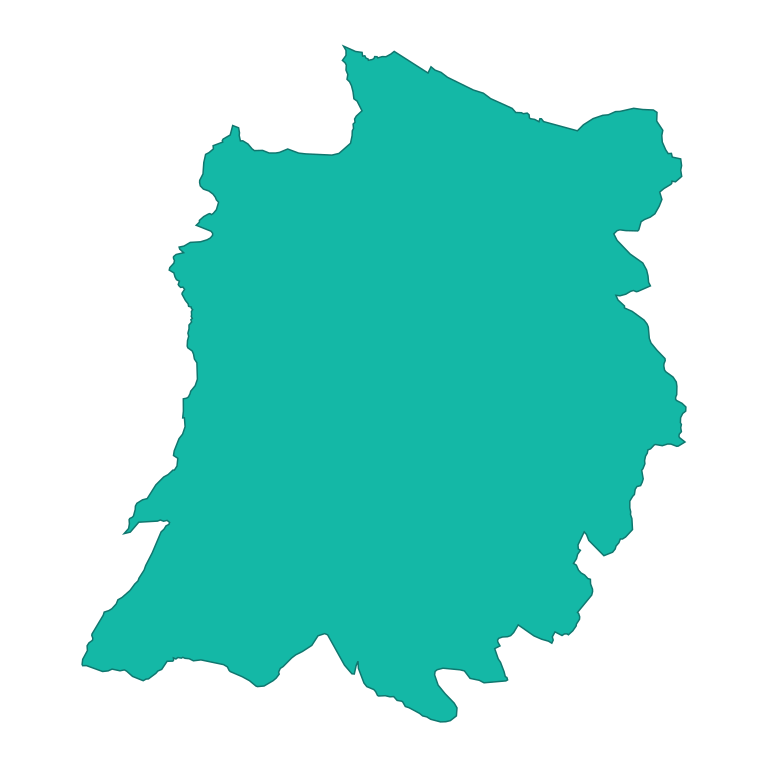 outline of Vladesti, Vâlcea, Romania
{"feature_id": "2599482B87401907029255", "entity_name": "Vladesti", "entity_type": "district", "adm_level": 2, "iso_a3": "ROU", "parent_name": "Romania", "parent_adm1": "Vâlcea", "projection": "equal_earth", "projection_center": [24.298, 45.132], "detail": "fine", "context": "isolated", "style": "filled", "palette": "teal", "viewbox_px": 768, "rotation_deg": 0, "n_neighbors": 0, "source": "geoboundaries", "source_scale": "gbopen_adm2", "svg_char_len": 6084}
<svg xmlns="http://www.w3.org/2000/svg" viewBox="0 0 768 768"><path d="M124.1,533.6L130.3,532.1L138.8,522.2L157.6,521.1L160.3,520.0L163.6,521.2L167.1,520.4L169.6,522.4L168.9,524.4L166.0,525.9L164.0,529.2L161.1,531.9L152.2,552.9L145.7,565.5L144.1,570.1L139.0,578.1L138.0,580.9L134.8,584.0L130.0,590.5L122.0,597.5L117.9,599.8L116.2,604.0L111.8,608.8L108.8,610.6L104.2,612.1L103.2,615.3L92.0,634.0L91.8,635.5L92.8,638.1L92.5,640.3L89.0,642.8L87.1,645.8L87.4,650.6L82.7,659.3L82.1,664.4L82.7,665.7L86.4,665.6L102.6,671.5L108.1,670.9L112.1,669.1L120.0,670.8L124.4,669.9L126.6,671.1L132.5,676.4L143.2,680.7L146.0,679.1L148.4,678.9L155.8,673.4L157.9,671.0L161.7,669.4L167.1,661.3L172.8,661.1L173.6,660.0L173.4,657.9L175.9,659.0L177.9,657.5L181.4,658.1L182.8,657.3L185.0,658.3L189.2,658.7L193.4,660.8L200.9,659.9L223.5,664.6L227.4,666.9L229.1,670.4L230.3,671.6L242.2,676.7L249.5,680.7L256.0,686.1L257.5,686.6L264.1,686.0L273.1,680.7L276.2,678.1L279.2,674.1L278.6,672.1L280.3,668.4L283.2,666.5L291.6,658.0L295.8,654.8L302.4,651.5L311.8,645.4L318.0,635.8L324.7,633.6L327.6,634.8L344.5,665.2L351.9,673.8L354.3,674.0L356.1,665.7L358.0,661.2L358.4,668.3L364.0,683.1L366.8,686.6L373.9,689.6L375.7,691.7L377.5,695.4L378.6,696.0L385.3,695.7L389.8,696.8L393.7,696.6L397.1,700.4L401.7,701.2L402.7,701.9L405.3,706.5L409.0,707.7L419.6,713.4L422.6,715.9L426.8,716.9L430.7,719.3L440.5,721.9L445.9,721.7L450.4,720.6L456.4,715.9L457.0,707.9L454.2,703.1L445.1,693.7L438.1,685.1L434.6,674.9L435.1,671.4L437.2,669.7L443.0,668.2L460.0,669.8L464.4,670.9L470.1,678.4L479.3,680.3L484.0,682.8L505.9,680.9L507.6,679.9L506.9,677.5L505.3,676.6L504.1,671.8L500.5,662.3L498.2,658.8L494.7,648.6L500.0,645.9L497.8,642.0L497.6,640.0L498.7,638.3L502.5,637.0L507.6,636.7L510.7,635.6L513.7,632.5L518.2,624.9L534.0,635.9L541.6,639.2L548.5,641.2L551.8,643.2L553.2,640.1L552.3,636.9L555.0,631.9L562.0,635.5L564.5,633.9L567.1,633.9L568.4,634.8L572.8,630.8L576.2,625.9L576.4,624.1L579.5,619.3L579.7,616.8L578.6,613.5L577.5,612.4L591.7,595.1L592.6,591.5L592.5,589.1L590.6,584.0L590.4,579.3L587.8,578.5L584.6,575.0L581.0,572.9L578.5,570.1L576.3,565.1L573.5,563.4L576.5,558.7L577.6,554.3L580.4,550.3L578.3,548.9L578.0,544.9L584.2,531.9L586.5,534.5L588.8,540.4L603.9,555.7L612.6,552.2L615.2,549.0L616.0,546.1L618.9,542.7L620.3,539.0L622.5,539.0L625.6,537.0L632.5,529.6L631.9,518.6L630.5,514.6L630.7,511.8L629.8,508.0L629.8,501.1L632.7,496.3L634.4,494.5L635.2,489.3L637.0,486.5L640.6,485.6L642.2,482.2L643.2,478.9L641.7,470.2L642.9,468.8L644.9,463.8L644.6,460.6L645.5,456.2L647.3,453.1L647.9,449.9L650.5,448.9L654.4,444.8L655.6,444.5L662.3,445.7L667.6,444.0L671.0,444.1L676.7,446.3L678.3,446.1L685.0,442.0L679.5,437.6L678.9,436.2L679.3,434.1L681.4,431.7L680.7,427.7L681.4,424.5L680.4,422.7L680.6,417.7L682.7,413.5L685.7,411.1L685.9,407.0L682.0,403.3L676.6,400.5L675.6,399.3L675.7,397.0L676.7,394.7L676.9,386.3L676.3,382.0L673.1,377.1L666.1,372.0L664.6,370.2L663.8,366.0L664.0,363.6L665.2,360.7L665.0,358.6L657.1,350.4L651.0,343.0L649.3,338.4L648.3,327.1L647.1,324.1L644.1,320.1L632.2,311.4L624.4,307.9L624.5,306.0L618.0,300.0L615.9,295.3L619.9,295.8L625.8,294.2L630.7,291.3L633.5,290.5L636.3,291.7L637.9,291.4L650.4,285.9L648.6,282.3L648.0,275.9L646.6,270.0L642.8,263.0L630.1,254.0L617.1,240.4L613.8,233.9L617.0,230.7L619.8,229.8L625.7,230.6L637.7,230.9L638.8,229.8L641.1,221.7L644.5,219.5L650.3,217.1L654.9,213.8L659.2,206.2L661.9,199.4L659.7,192.1L664.0,188.5L670.8,184.4L671.7,183.4L672.0,181.2L675.5,181.8L681.7,176.4L680.7,170.1L681.6,165.7L680.7,158.9L672.3,157.1L671.4,153.4L668.2,153.6L665.7,149.8L662.3,142.1L661.8,135.5L662.8,130.3L656.7,121.1L657.0,112.4L653.4,110.0L642.6,109.5L633.7,108.3L620.0,111.4L615.5,111.6L608.3,114.8L602.8,115.3L593.1,118.6L583.4,124.8L577.4,130.8L543.6,121.6L541.4,118.8L539.9,118.7L539.0,121.7L534.7,119.4L530.4,118.7L529.4,117.8L529.1,114.8L527.2,113.1L523.3,113.7L521.4,112.7L515.8,112.5L512.2,108.4L490.6,98.6L483.4,93.2L473.3,90.0L447.5,77.3L441.1,72.4L435.0,70.1L431.0,66.8L428.0,73.0L394.2,51.4L390.8,54.1L386.0,56.7L382.2,56.6L377.8,57.9L377.0,56.7L374.7,56.6L374.0,58.5L372.3,59.5L368.4,60.3L368.1,59.0L365.9,58.0L364.8,55.8L362.6,56.1L362.1,52.4L355.6,51.5L343.5,46.1L346.0,50.4L346.0,55.4L342.4,60.4L345.0,62.7L346.3,65.0L346.0,70.1L347.8,74.5L347.0,79.3L349.6,81.8L351.5,85.8L353.0,91.7L353.9,98.8L357.1,101.1L362.0,110.8L356.3,116.1L354.6,119.0L355.0,122.3L353.1,124.1L353.5,128.5L352.3,130.8L352.1,135.7L350.5,143.3L339.0,153.4L331.9,155.1L305.8,153.9L298.7,153.1L287.7,149.0L279.5,152.4L275.7,153.0L269.1,153.0L262.6,150.4L254.4,150.6L252.0,148.8L248.0,144.0L242.8,140.8L240.4,140.9L239.2,135.4L239.5,132.8L238.6,127.8L232.7,125.5L230.2,135.0L223.2,139.0L222.3,140.5L222.7,142.1L213.1,145.7L213.4,148.9L209.0,152.6L205.6,154.4L203.8,162.5L203.0,173.9L199.7,180.3L199.6,182.5L200.3,185.9L203.4,189.1L208.9,191.0L213.0,194.1L215.3,197.2L216.4,199.9L218.5,202.1L218.4,202.9L216.4,209.7L213.2,213.5L211.4,214.6L209.9,213.6L208.4,214.0L203.7,216.6L199.4,220.4L199.4,222.2L196.2,225.3L211.0,231.2L212.6,233.2L212.6,235.3L210.3,238.0L207.1,239.8L200.5,241.8L190.3,242.4L183.9,246.1L179.1,247.1L179.7,249.1L183.6,252.7L176.1,254.5L173.8,256.4L173.4,257.1L173.6,258.7L174.5,260.5L173.9,263.1L169.8,267.6L169.2,270.1L173.9,272.9L175.0,276.9L176.5,279.7L179.4,281.2L178.2,284.5L178.9,285.7L180.6,287.4L182.9,287.1L184.6,289.3L182.1,293.1L182.0,294.2L185.5,300.6L188.1,303.8L188.6,306.3L191.3,307.1L191.4,308.4L192.6,309.7L191.4,311.5L191.6,315.1L191.2,316.3L192.3,318.5L190.9,319.6L191.6,322.0L189.0,325.0L189.0,328.9L187.9,333.2L188.7,336.3L187.5,340.6L187.2,346.1L187.8,347.8L192.2,351.0L193.5,354.1L194.4,359.0L196.9,362.8L197.4,379.2L195.2,385.7L190.7,391.2L190.1,393.6L188.4,397.0L186.5,398.2L183.3,398.8L183.4,411.2L182.7,417.9L184.4,417.8L185.1,426.7L182.6,434.1L179.0,438.7L174.2,450.9L173.5,455.5L177.8,458.3L177.0,466.0L174.4,470.1L172.9,470.1L168.1,474.6L163.7,477.0L155.9,484.8L147.2,498.6L142.5,499.8L136.9,503.3L135.4,506.1L135.2,509.6L133.5,515.9L132.4,517.2L129.8,518.5L129.1,519.7L129.4,523.8L128.6,528.5L124.1,533.6Z" fill="#14b8a6" stroke="#0f766e" stroke-width="1.5"/></svg>